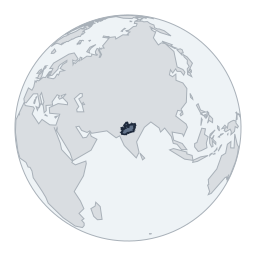 the Earth from above Madhya Pradesh, rotated 342°
{"feature_id": "IND-3261", "entity_name": "Madhya Pradesh", "entity_type": "State", "adm_level": 1, "iso_a3": "IND", "parent_name": "India", "parent_adm1": "", "projection": "orthographic", "projection_center": [78.282, 23.967], "detail": "fine", "context": "on_globe", "style": "filled", "palette": "slate", "viewbox_px": 256, "rotation_deg": 342, "n_neighbors": 0, "source": "natural_earth", "source_scale": "10m", "svg_char_len": 13918}
<svg xmlns="http://www.w3.org/2000/svg" viewBox="0 0 256 256"><g transform="rotate(342 128 128)"><circle cx="128" cy="128" r="113" fill="#eef3f6" stroke="#a8b0b8"/><path d="M164.2,21.3L167.0,22.4L172.2,24.5L168.8,23.3L180.7,28.6L186.5,32.2L178.1,27.4L175.8,26.4L178.8,28.3L177.2,27.7L177.7,28.4L175.4,27.7L170.7,25.3L169.2,24.9L171.4,26.3L170.5,26.7L167.5,24.6L165.7,25.2L157.4,22.1L151.1,18.4L144.7,17.3L133.4,15.5L132.6,15.6L127.8,15.4L125.1,15.5L123.8,15.5L122.8,15.7L124.5,15.7L124.6,15.9L123.2,16.1L121.2,15.9L121.7,15.8L120.4,15.9L120.0,15.8L119.4,15.9L117.2,15.9L117.2,16.2L113.6,16.5L112.8,16.5L115.7,16.1L116.8,15.9L124.8,15.4L132.8,15.5L140.8,16.1L148.7,17.3L156.5,19.0L164.2,21.3ZM176.4,26.4L174.5,25.5L176.9,26.6L176.4,26.4ZM178.2,28.6L179.2,29.2L179.0,29.3L178.2,28.6ZM175.4,28.5L174.8,28.8L174.6,28.0L175.4,28.5ZM115.4,16.1L112.9,16.4L115.4,16.1ZM173.9,28.7L172.4,29.7L174.6,30.8L167.6,28.6L171.1,28.2L170.6,27.1L172.2,28.1L173.9,28.7ZM125.7,15.7L123.8,15.6L126.7,15.6L125.7,15.7ZM127.5,15.6L136.3,15.8L138.4,16.2L135.0,15.9L138.8,16.6L135.5,16.6L132.7,16.3L132.0,16.0L131.3,16.3L127.5,15.6ZM163.9,27.4L162.9,27.4L163.1,26.9L163.9,27.4ZM124.9,16.0L126.5,15.9L128.4,16.2L125.6,16.4L125.9,16.2L124.9,16.0ZM141.4,16.8L142.4,17.2L140.0,17.3L140.0,17.5L135.6,16.7L141.4,16.8ZM124.7,16.2L124.1,16.6L121.9,16.7L123.5,16.1L124.7,16.2ZM130.1,16.2L130.9,16.4L129.6,16.3L130.1,16.2ZM113.7,17.5L115.6,17.1L116.7,17.2L113.7,17.5ZM124.1,16.7L124.8,16.7L125.5,16.8L124.7,17.0L124.1,16.7ZM134.2,16.9L133.0,17.0L135.9,17.3L134.2,17.5L131.6,17.0L132.0,17.3L131.5,17.4L130.0,16.9L134.2,16.9ZM125.8,17.5L121.9,17.2L118.2,17.7L117.1,17.6L123.2,16.8L125.8,17.5ZM128.4,17.2L126.5,17.3L126.1,17.0L127.0,16.7L128.4,17.2ZM134.0,18.0L137.3,17.7L137.7,17.8L134.0,18.0ZM124.8,17.7L125.8,17.8L124.6,17.8L124.8,17.7ZM131.3,17.9L132.4,17.7L132.9,17.9L131.3,17.9ZM126.8,18.2L125.6,18.0L126.2,17.8L126.8,18.2ZM129.0,18.1L129.4,18.4L127.2,17.8L129.4,18.0L129.0,18.1ZM131.6,18.1L132.3,18.1L131.1,18.1L131.6,18.1ZM125.2,19.4L122.3,18.7L123.6,18.1L126.3,18.8L125.2,19.4ZM16.2,115.7L19.6,97.3L21.3,92.7L23.9,85.7L37.1,71.6L37.2,74.9L44.5,78.7L45.0,80.4L41.2,85.0L44.4,96.4L48.9,93.3L54.6,100.8L60.3,103.0L67.4,93.8L58.1,89.8L59.4,84.3L69.1,83.2L77.6,87.2L78.3,85.2L75.3,79.0L79.7,76.5L74.6,76.6L74.9,79.1L71.7,79.4L71.2,77.2L72.8,76.3L70.9,74.5L63.9,79.7L63.4,82.8L57.0,81.2L55.6,86.3L53.0,87.6L54.4,79.5L56.1,77.2L56.7,67.7L54.3,69.9L53.6,79.2L52.7,77.9L49.5,81.5L51.3,77.7L52.6,67.5L48.5,66.3L38.9,72.6L37.4,71.7L38.0,68.0L45.7,59.1L48.3,62.4L51.1,59.7L54.2,54.4L54.7,56.0L56.3,54.4L57.7,55.6L63.1,53.5L65.0,54.5L70.6,50.2L72.4,50.2L68.5,52.7L66.9,55.1L72.1,58.1L74.1,57.7L77.3,54.8L78.3,56.2L80.8,53.1L85.4,53.8L81.8,50.4L85.5,47.5L90.2,46.3L90.8,44.8L83.1,46.8L80.7,48.3L79.6,50.4L72.3,54.4L69.8,54.2L75.0,48.1L72.0,47.3L77.3,43.3L94.7,39.5L100.1,40.0L101.9,46.9L98.6,48.2L96.4,46.3L95.3,50.8L96.9,49.1L97.7,50.4L101.5,48.4L102.2,49.2L104.5,45.9L105.9,46.8L104.4,48.9L111.1,47.0L114.9,48.5L116.0,47.7L116.2,46.4L120.9,49.3L121.5,48.6L120.2,47.4L120.6,45.2L123.2,42.8L124.7,43.9L124.0,44.9L124.7,49.1L122.5,52.0L123.4,52.2L125.6,50.0L124.8,44.9L125.9,43.1L126.8,45.4L126.5,44.4L127.6,43.9L130.0,44.6L129.2,42.1L138.5,36.2L144.1,37.3L143.9,39.6L151.9,37.8L157.6,39.9L156.4,38.6L159.5,37.3L157.7,36.6L157.4,35.9L164.4,33.2L167.2,33.7L168.9,31.7L168.3,31.2L166.3,30.6L167.6,28.6L174.6,30.8L175.7,31.9L179.4,32.8L181.2,35.4L184.5,38.1L184.3,40.9L186.9,43.1L188.1,43.3L192.5,46.7L197.4,53.7L188.3,47.3L179.8,38.1L182.8,41.6L180.6,40.7L180.8,42.0L183.0,44.7L184.2,45.0L180.0,50.1L182.5,58.4L186.0,57.3L189.5,59.3L195.3,69.4L193.6,85.1L198.3,89.3L199.4,92.5L197.3,95.0L195.6,90.4L192.2,89.3L191.6,86.5L187.5,89.5L186.4,85.7L183.8,90.2L186.2,93.0L190.2,91.5L188.4,97.5L194.1,102.1L196.2,108.6L191.4,121.6L184.4,126.4L184.2,128.5L180.7,126.6L177.1,131.4L184.5,142.2L184.7,145.6L178.3,153.0L178.0,150.5L168.7,145.5L167.7,153.7L174.8,159.5L177.3,166.8L172.2,165.1L169.6,158.6L166.3,156.6L166.6,149.6L162.9,139.4L157.7,141.9L157.6,137.6L151.6,129.3L143.8,132.4L131.9,143.8L131.0,154.5L126.6,159.0L119.0,143.5L117.7,132.9L113.7,133.7L107.0,124.2L91.8,121.8L90.8,118.9L87.7,119.6L83.2,116.0L82.0,111.2L78.8,110.8L82.1,123.5L85.7,124.0L90.3,120.3L90.5,124.6L95.0,129.1L86.0,137.7L65.3,142.1L65.2,133.9L59.4,108.8L60.6,106.6L60.7,106.3L60.7,105.7L58.2,109.2L57.9,104.4L58.9,121.3L58.2,128.0L65.0,142.5L63.9,143.5L66.6,146.8L77.7,146.4L77.3,149.0L70.9,159.7L57.2,171.8L60.2,182.7L61.1,191.1L55.0,194.1L58.1,200.7L55.4,201.5L56.9,204.9L56.1,207.3L53.9,208.6L47.3,204.8L44.9,201.5L38.6,193.3L28.9,174.9L28.4,168.6L27.0,162.4L22.5,146.0L23.4,139.2L22.7,135.2L20.9,134.2L20.4,129.3L19.6,128.1L15.9,123.2L16.2,115.7ZM29.5,80.5L28.4,82.4L29.5,80.5ZM84.6,96.9L91.0,99.0L91.5,91.9L94.0,92.2L93.3,89.8L91.5,91.4L90.2,85.1L94.2,84.0L95.2,81.2L93.0,80.4L86.0,83.5L87.8,92.4L84.9,94.5L84.6,96.9ZM63.8,45.4L63.0,46.9L60.8,48.4L58.4,48.0L61.6,45.8L63.8,45.4ZM62.5,48.8L68.3,43.4L70.0,43.7L68.1,44.4L68.7,45.2L65.7,46.5L61.7,52.5L59.4,54.2L56.2,52.0L58.5,51.7L59.1,50.1L62.5,48.8ZM80.1,31.7L82.6,30.1L83.1,32.8L80.6,34.0L78.1,33.4L79.5,31.7L80.1,31.7ZM108.7,17.2L109.7,17.0L110.2,17.0L109.8,17.1L108.7,17.2ZM114.5,17.3L105.2,18.4L105.8,18.1L99.6,19.6L98.8,19.4L102.8,18.5L97.6,19.6L100.9,18.7L97.2,19.7L106.2,17.5L109.0,17.0L106.2,17.6L106.9,17.6L108.0,17.5L113.2,16.9L119.5,16.1L121.1,16.3L120.7,16.7L119.4,16.9L118.7,16.6L117.5,17.1L115.6,16.9L114.5,17.3ZM113.9,25.0L113.7,23.9L110.9,26.2L109.0,25.5L108.8,25.8L106.2,25.8L102.8,26.5L102.3,26.0L101.2,26.5L99.5,26.7L97.8,27.3L96.3,26.7L94.1,27.4L94.7,26.8L91.3,28.2L93.2,26.9L91.1,27.2L90.4,28.3L86.7,25.4L83.7,25.7L80.2,26.8L83.9,24.8L89.6,22.7L95.7,21.2L98.0,21.4L99.3,20.7L100.8,20.6L99.2,21.2L102.5,20.3L103.3,20.5L108.7,20.0L113.1,18.9L115.2,18.8L113.9,19.4L116.9,19.0L115.8,20.0L117.3,20.1L117.7,21.3L114.3,22.6L116.2,22.6L116.6,23.7L113.9,25.0ZM125.2,19.7L121.6,21.1L118.7,21.4L119.2,19.2L118.1,19.0L118.3,17.9L122.4,17.5L122.0,17.8L122.5,18.0L121.0,18.0L122.6,18.2L122.0,18.7L123.1,19.1L121.7,19.4L125.2,19.7ZM47.2,79.3L47.9,80.1L49.3,80.8L47.3,83.2L47.2,79.3ZM48.0,72.3L48.9,72.5L46.7,75.9L46.0,75.2L48.0,72.3ZM51.2,69.8L49.1,72.2L49.8,70.5L51.2,69.8ZM69.5,52.8L70.7,53.0L70.1,53.7L68.6,54.5L69.5,52.8ZM105.5,32.8L105.8,31.9L106.6,31.7L109.3,29.8L110.9,30.4L110.0,31.8L105.5,32.8ZM64.8,94.8L62.1,96.1L61.7,94.8L62.7,94.6L64.8,94.8ZM53.5,89.5L55.2,92.0L52.9,90.1L53.5,89.5ZM107.8,33.1L108.7,32.2L108.9,33.1L107.8,33.1ZM112.3,30.8L112.9,31.6L111.4,30.3L112.3,30.8ZM115.9,235.1L117.9,235.8L115.9,235.7L115.9,235.1ZM77.3,194.1L75.1,206.9L70.6,205.8L68.1,201.4L67.8,193.2L72.6,192.1L74.4,188.6L77.3,194.1ZM200.4,179.3L202.9,179.0L202.8,179.5L200.4,179.3ZM197.8,178.4L200.8,177.8L197.2,179.5L197.8,178.4ZM202.0,177.6L205.0,175.8L206.3,174.7L206.0,175.8L202.0,177.6ZM195.7,178.9L183.8,181.2L178.9,180.7L180.2,178.8L188.1,177.9L195.7,178.9ZM179.8,178.9L172.2,175.1L160.8,161.7L164.9,161.6L176.6,169.1L175.9,170.7L180.5,173.9L179.8,178.9ZM197.8,166.6L197.0,171.2L190.5,172.2L187.5,172.0L185.5,166.6L186.6,163.4L189.1,163.1L198.1,151.0L201.4,152.7L198.8,157.7L201.5,161.1L197.8,166.6ZM131.6,155.5L134.6,161.8L132.0,162.8L131.6,155.5ZM201.2,142.9L198.0,148.3L200.8,141.4L201.2,142.9ZM202.6,136.7L203.1,139.0L201.4,137.1L202.6,136.7ZM184.6,131.8L182.0,132.8L181.7,131.1L184.9,128.9L184.6,131.8ZM197.7,114.2L198.7,119.0L198.5,120.8L196.9,118.1L197.7,114.2ZM123.3,38.7L117.7,40.6L114.7,42.7L114.8,45.0L112.3,42.7L116.8,39.4L123.3,38.7ZM136.5,36.3L136.4,34.6L138.0,35.0L138.3,35.5L136.5,36.3ZM135.3,35.5L132.2,34.0L133.2,32.9L135.5,34.2L135.3,35.5ZM119.8,33.0L118.0,33.5L117.9,32.7L119.8,33.0ZM205.5,209.7L206.3,209.0L206.8,208.5L205.5,209.7ZM210.4,204.8L209.1,206.1L209.7,205.5L207.8,207.4L206.6,208.1L208.4,205.1L206.5,206.9L209.5,203.4L206.1,206.9L206.6,205.0L204.8,205.2L186.9,215.9L183.7,216.2L186.0,213.6L186.1,206.9L187.3,206.8L188.4,201.8L199.8,194.4L208.4,183.3L213.0,182.2L217.5,174.2L221.7,172.7L219.5,178.6L222.7,179.8L227.7,166.6L226.8,177.6L227.3,180.0L224.1,186.7L219.9,193.2L210.4,204.8ZM237.9,152.5L238.1,151.6L238.1,151.9L237.9,152.5ZM206.6,178.0L210.4,173.6L212.2,172.7L206.6,178.0ZM238.0,151.5L237.8,152.0L237.9,151.3L238.0,151.5ZM238.3,149.9L238.4,149.0L238.2,150.8L238.3,149.9ZM238.1,148.9L238.2,149.9L238.0,149.2L238.1,148.9ZM237.8,149.6L237.5,149.4L237.6,149.1L237.8,149.6ZM232.2,156.6L233.5,160.5L232.0,161.8L230.4,159.8L228.2,164.2L223.8,166.1L225.1,163.5L224.8,160.7L219.7,161.8L218.7,160.1L220.7,157.9L217.0,157.7L221.0,155.2L222.5,158.8L224.7,154.5L228.0,153.6L230.9,153.3L232.8,154.9L232.2,156.6ZM220.7,164.6L221.3,164.3L220.6,165.8L220.7,164.6ZM237.0,148.1L237.4,149.4L237.2,150.0L237.0,148.1ZM233.3,153.8L235.6,148.6L236.0,148.3L234.5,153.4L233.3,153.8ZM235.2,146.8L236.1,146.4L236.4,148.0L236.2,148.7L235.2,146.8ZM212.5,163.8L212.3,165.0L211.2,164.4L212.5,163.8ZM214.0,162.6L217.2,162.7L213.7,163.7L214.0,162.6ZM203.2,161.6L204.3,164.2L207.7,161.4L205.1,164.7L207.2,168.7L206.4,170.7L204.3,166.3L203.2,171.7L201.7,172.0L201.0,167.8L202.7,162.0L204.2,159.3L210.3,156.7L203.2,161.6ZM214.0,159.1L213.1,156.1L213.8,153.7L214.8,155.1L214.0,159.1ZM210.1,149.0L207.4,145.8L205.1,148.0L209.4,141.2L211.4,145.3L210.1,149.0ZM207.3,141.1L205.3,143.0L207.2,139.2L207.3,141.1ZM204.6,141.9L204.0,139.2L205.8,139.1L204.6,141.9ZM208.5,140.9L208.3,136.2L209.5,138.6L208.5,140.9ZM202.5,133.3L206.8,136.8L201.7,136.2L200.1,127.4L202.2,126.6L202.5,133.3ZM205.4,94.6L204.1,92.3L205.6,91.2L206.1,93.1L205.4,94.6ZM209.3,86.3L205.6,90.2L202.4,93.6L204.0,94.4L204.5,98.9L201.3,95.5L202.6,90.1L205.2,88.3L204.3,84.7L205.5,81.7L203.3,77.6L203.4,75.5L206.2,78.7L209.3,86.3ZM202.2,75.9L198.7,68.7L202.1,68.8L203.7,70.3L203.8,73.6L202.0,73.3L202.2,75.9ZM198.9,67.1L197.1,66.9L188.2,57.7L187.2,55.9L195.7,62.4L194.5,62.6L196.1,65.0L198.9,67.1ZM163.9,27.9L163.0,27.4L164.2,27.7L163.9,27.9ZM156.4,35.6L156.1,34.8L157.6,35.0L156.4,35.6ZM156.2,32.6L154.7,32.9L155.6,32.1L156.2,32.6ZM151.5,33.8L153.8,32.8L152.5,34.5L151.5,33.8Z" fill="#d9dde1" stroke="#a8b0b8" stroke-width="1"/><path d="M128.1,122.3L128.5,122.5L128.8,122.4L128.8,122.5L129.0,122.6L129.2,122.8L129.3,123.1L129.3,123.3L129.2,123.5L129.2,123.8L128.9,124.3L128.8,124.5L128.5,124.8L128.2,124.9L128.1,125.1L127.9,125.2L128.2,125.6L128.1,126.0L127.8,126.2L127.9,126.4L128.0,126.7L127.9,126.9L128.0,127.0L128.1,127.3L128.3,127.3L128.3,127.1L128.7,127.4L128.8,127.4L128.9,127.5L129.2,127.1L129.1,126.9L129.1,126.7L128.8,126.7L128.8,126.3L128.7,126.1L128.6,125.8L128.5,125.6L128.4,125.4L128.5,125.2L128.8,125.3L128.8,125.1L128.9,124.9L128.9,125.1L129.0,125.1L129.1,124.9L129.1,125.0L129.2,125.4L129.0,125.5L129.3,125.4L129.4,125.5L129.5,125.6L129.8,125.6L129.7,125.4L129.8,125.2L129.9,125.3L129.8,125.5L129.9,125.4L130.1,125.4L129.9,125.7L129.9,125.8L130.0,125.8L130.0,125.7L130.1,125.8L130.3,125.6L130.6,125.6L130.8,125.6L130.9,125.4L131.2,125.2L131.3,125.3L131.4,125.1L131.5,125.1L131.6,125.4L131.8,125.5L131.6,125.8L131.8,125.9L132.0,125.8L131.9,125.8L131.9,125.7L132.0,125.7L132.2,125.8L132.3,125.8L132.3,125.7L132.2,125.6L132.4,125.6L132.5,125.5L132.4,126.0L132.5,126.0L132.9,126.0L133.0,126.1L133.2,125.9L133.3,125.7L133.5,125.6L133.8,125.5L134.1,125.8L134.3,125.8L134.4,126.0L134.5,126.1L134.8,126.3L135.0,126.2L135.0,126.3L135.2,126.5L135.4,126.6L135.4,126.4L135.7,126.5L135.9,126.4L135.9,126.5L136.0,126.5L136.0,127.0L136.0,127.4L135.9,127.5L136.0,127.6L136.1,127.8L135.9,128.0L135.6,128.3L134.8,128.2L134.7,128.2L134.3,128.3L134.1,128.1L134.1,128.4L134.1,128.6L134.0,128.9L134.3,128.8L134.6,128.8L134.8,129.1L135.0,129.2L135.0,129.5L134.8,129.6L134.6,129.7L134.6,129.9L134.3,130.1L134.3,130.5L134.1,130.6L133.9,130.8L133.7,130.9L133.4,130.9L133.2,130.9L133.2,131.0L133.0,131.4L133.0,131.6L132.9,131.6L133.0,131.7L132.9,131.7L132.7,131.9L132.6,132.2L132.6,132.3L132.5,132.9L132.4,133.1L132.0,133.0L131.9,133.0L131.9,132.9L131.7,132.7L131.2,132.7L130.9,132.8L130.8,132.7L130.7,132.7L130.3,132.8L130.3,132.6L130.2,132.5L129.8,132.4L129.7,132.4L129.7,132.5L129.2,132.7L129.2,132.8L128.9,132.9L128.6,132.9L128.4,132.8L128.2,132.6L127.8,132.7L127.6,132.9L127.3,133.0L127.1,133.0L126.9,133.1L126.7,133.1L126.4,132.8L126.7,132.8L126.7,132.4L126.3,132.3L126.1,132.4L125.9,132.4L125.7,132.5L125.3,132.6L125.2,132.9L125.1,133.0L125.0,133.3L124.7,133.5L124.3,133.7L124.1,133.6L124.1,133.4L124.0,133.1L123.6,133.0L122.9,133.1L122.4,133.0L122.2,132.9L122.1,132.7L121.8,132.5L121.5,132.5L121.1,132.3L121.1,132.2L121.1,131.9L120.9,131.7L120.7,131.9L120.4,131.9L120.5,131.6L120.3,131.3L120.3,131.1L120.5,131.1L120.6,130.9L120.4,130.9L120.3,130.7L120.5,130.8L120.7,130.6L120.9,130.5L121.1,130.2L120.9,130.0L120.8,129.7L121.0,129.7L121.6,129.5L121.5,129.4L121.2,129.3L121.2,129.2L121.3,129.1L121.8,128.8L122.0,128.5L121.9,128.1L122.1,127.8L121.9,127.6L121.9,127.4L121.6,127.3L121.7,127.2L121.9,127.0L121.8,126.9L121.6,126.9L121.8,126.5L121.7,126.4L121.8,126.3L121.9,126.6L122.1,126.5L122.1,126.3L121.8,126.3L121.8,126.0L122.1,126.2L122.3,126.1L122.3,125.9L122.7,125.8L122.7,126.0L122.8,126.1L122.7,126.2L122.5,126.3L122.9,126.5L123.3,126.4L123.5,126.4L123.6,126.5L123.7,126.9L123.6,127.0L123.5,126.9L123.4,127.1L123.5,127.2L123.6,127.3L123.5,127.6L123.4,127.9L123.2,127.9L123.0,128.0L123.3,128.3L123.4,128.2L123.5,128.1L123.9,128.0L123.9,127.9L124.1,127.6L124.1,127.3L124.2,127.2L124.3,127.2L124.3,127.3L124.7,127.4L124.8,127.5L125.0,127.4L125.1,127.5L125.3,127.6L125.5,127.6L125.4,127.3L125.4,126.8L125.5,126.8L125.8,126.9L125.7,126.6L125.4,126.4L125.3,126.2L125.5,126.2L125.4,125.9L125.5,125.9L126.1,125.7L126.3,125.8L126.4,125.7L126.4,125.4L126.3,125.2L126.2,125.1L126.0,125.3L125.9,125.3L125.6,125.4L125.3,125.3L125.2,125.2L124.9,125.0L124.9,124.9L124.8,124.5L124.9,124.4L125.1,124.1L125.3,124.1L125.6,123.8L125.7,123.7L125.8,123.7L126.0,123.5L126.3,123.3L126.5,123.3L126.5,123.2L126.8,123.1L127.0,123.0L127.2,122.9L127.3,122.8L127.3,122.7L127.5,122.6L127.7,122.4L127.8,122.5L127.8,122.4L128.0,122.4L128.1,122.3Z" fill="#64748b" stroke="#1e293b" stroke-width="1.5"/></g></svg>